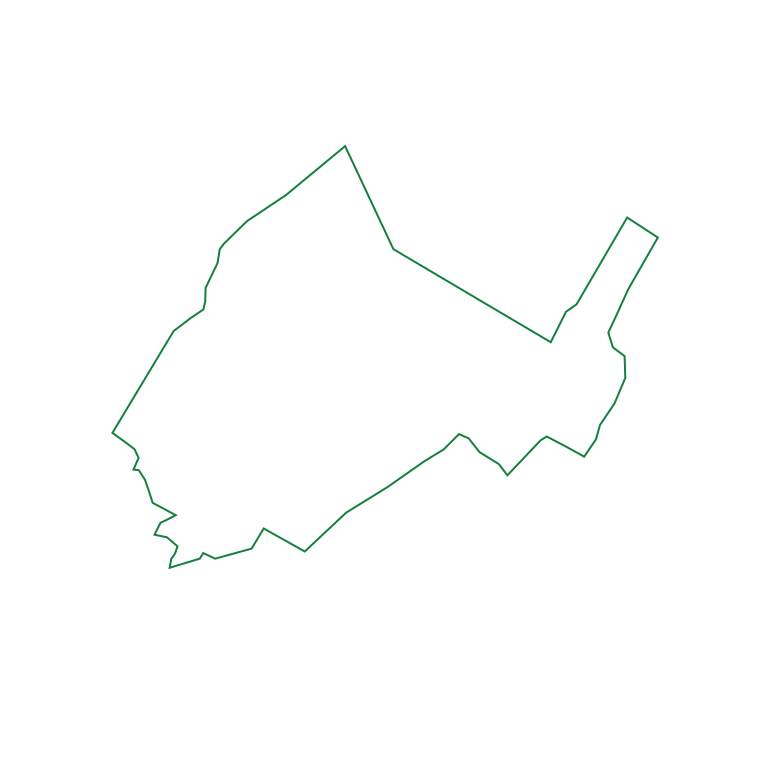 Yoloten, Mary, Turkmenistan (Mercator projection), rotated 301°
{"feature_id": "10190150B71181095534415", "entity_name": "Yoloten", "entity_type": "district", "adm_level": 2, "iso_a3": "TKM", "parent_name": "Turkmenistan", "parent_adm1": "Mary", "projection": "mercator", "projection_center": [63.056, 37.187], "detail": "fine", "context": "isolated", "style": "outline", "palette": "green", "viewbox_px": 768, "rotation_deg": 301, "n_neighbors": 0, "source": "geoboundaries", "source_scale": "gbopen_adm2", "svg_char_len": 1114}
<svg xmlns="http://www.w3.org/2000/svg" viewBox="0 0 768 768"><g transform="rotate(301 384 384)"><path d="M453.1,182.7L421.8,174.5L415.0,173.8L401.9,179.0L374.5,181.6L362.7,188.2L354.9,190.8L340.6,184.2L321.0,176.4L290.3,176.4L256.3,176.4L223.7,176.4L202.2,176.4L200.9,192.1L199.6,203.8L194.3,211.7L181.6,213.4L183.9,218.2L178.7,228.6L172.1,236.5L163.0,246.9L164.3,273.0L157.8,269.1L149.9,263.9L136.6,264.9L140.8,276.9L138.5,290.6L131.0,292.2L124.6,291.7L116.7,294.7L116.1,294.9L139.5,316.1L146.0,316.1L147.3,329.2L174.7,355.3L198.2,355.3L199.6,402.3L254.4,417.9L297.5,440.1L338.6,458.4L358.8,468.9L379.7,474.1L381.0,484.5L374.8,501.0L374.5,523.7L369.3,536.8L416.3,547.2L422.8,550.5L423.6,564.2L424.1,572.7L424.8,593.0L445.7,594.2L460.0,590.3L461.3,590.3L486.1,591.6L513.5,587.7L531.8,575.9L533.3,561.3L543.6,549.8L568.4,547.2L577.5,546.1L590.6,544.6L599.1,544.4L611.8,544.1L612.1,544.1L650.6,543.3L650.6,543.1L651.9,506.7L551.4,508.0L546.4,505.8L539.7,502.8L505.7,505.4L505.1,426.6L504.4,322.6L504.7,322.2L567.9,228.1L566.0,227.5L495.6,202.7L453.1,182.7Z" fill="none" stroke="#15803d" stroke-width="2"/></g></svg>